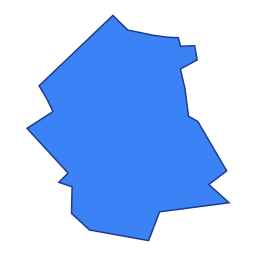 Tepelenë, Gjirokastër, Albania
{"feature_id": "67620474B25662331989090", "entity_name": "Tepelenë", "entity_type": "district", "adm_level": 2, "iso_a3": "ALB", "parent_name": "Albania", "parent_adm1": "Gjirokastër", "projection": "mercator", "projection_center": [19.977, 40.343], "detail": "fine", "context": "isolated", "style": "filled", "palette": "blue", "viewbox_px": 256, "rotation_deg": 0, "n_neighbors": 0, "source": "geoboundaries", "source_scale": "gbopen_adm2", "svg_char_len": 434}
<svg xmlns="http://www.w3.org/2000/svg" viewBox="0 0 256 256"><path d="M112.9,15.4L39.1,85.8L47.2,99.5L53.0,111.6L27.0,128.3L68.1,173.1L58.8,182.3L72.1,186.8L71.5,213.4L89.5,230.0L148.6,240.6L159.6,211.8L229.0,202.7L208.8,184.5L226.7,170.9L197.8,121.5L188.5,116.2L185.0,88.8L180.4,69.0L197.2,59.9L194.6,45.7L180.5,46.3L178.4,37.7L168.0,37.3L153.3,35.3L127.7,30.0L112.9,15.4Z" fill="#3b82f6" stroke="#1e3a8a" stroke-width="1.5"/></svg>